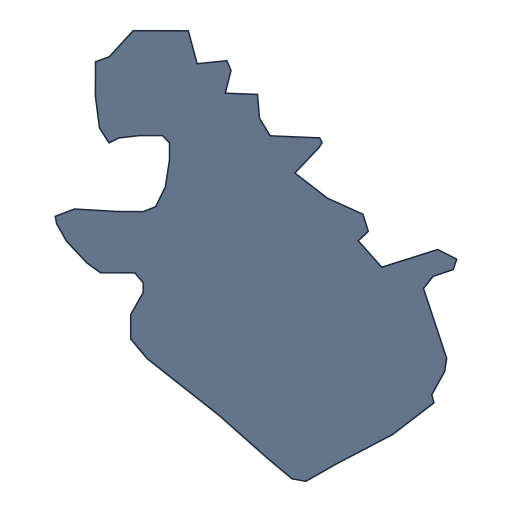 North Lanarkshire, Albers equal-area conic projection
{"feature_id": "GBR-2007", "entity_name": "North Lanarkshire", "entity_type": "Unitary District", "adm_level": 1, "iso_a3": "GBR", "parent_name": "United Kingdom", "parent_adm1": "", "projection": "albers", "projection_center": [-3.971, 55.879], "detail": "fine", "context": "isolated", "style": "filled", "palette": "slate", "viewbox_px": 512, "rotation_deg": 0, "n_neighbors": 0, "source": "natural_earth", "source_scale": "10m", "svg_char_len": 879}
<svg xmlns="http://www.w3.org/2000/svg" viewBox="0 0 512 512"><path d="M188.3,30.8L193.9,51.7L197.1,63.7L226.9,60.7L231.0,70.5L225.3,93.2L257.5,94.4L259.5,118.3L270.2,135.8L319.7,137.9L322.1,142.6L318.8,147.8L294.9,173.0L327.2,198.1L362.9,214.2L368.3,231.4L358.2,240.8L381.7,267.2L437.7,249.5L456.7,259.2L453.3,269.5L433.0,276.4L423.5,288.4L446.7,358.4L444.6,371.6L431.8,394.7L433.9,402.9L392.6,434.5L336.1,464.1L305.8,481.3L292.0,478.8L268.5,459.2L218.8,415.2L147.2,358.7L130.7,339.0L130.7,335.9L130.7,314.6L143.2,292.5L143.2,282.7L134.9,272.9L119.8,272.8L100.6,272.8L86.8,262.9L66.2,240.8L64.0,236.7L56.6,223.7L55.3,216.3L74.5,209.0L117.2,211.5L143.3,211.6L155.6,206.7L165.3,187.1L169.5,160.1L169.5,142.9L162.6,135.6L139.3,135.6L118.7,138.0L109.1,142.9L99.5,128.1L95.4,96.3L95.5,61.8L109.3,56.7L133.2,30.7L188.3,30.8Z" fill="#64748b" stroke="#1e293b" stroke-width="1.5"/></svg>